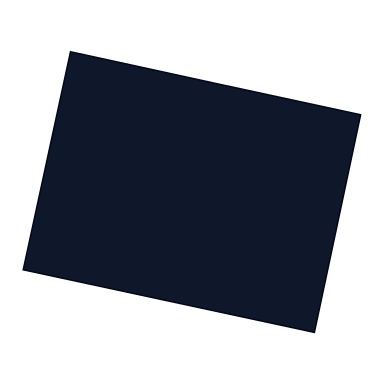 Montgomery, Iowa, United States of America, rotated 12°
{"feature_id": "52423323B65551629720369", "entity_name": "Montgomery", "entity_type": "district", "adm_level": 2, "iso_a3": "USA", "parent_name": "United States of America", "parent_adm1": "Iowa", "projection": "albers", "projection_center": [-95.156, 41.03], "detail": "fine", "context": "isolated", "style": "filled", "palette": "ink", "viewbox_px": 384, "rotation_deg": 12, "n_neighbors": 0, "source": "geoboundaries", "source_scale": "gbopen_adm2", "svg_char_len": 259}
<svg xmlns="http://www.w3.org/2000/svg" viewBox="0 0 384 384"><g transform="rotate(12 192 192)"><path d="M192.5,80.9L44.0,80.1L43.4,229.0L43.1,303.2L340.9,303.9L340.9,230.1L340.9,81.4L192.5,80.9Z" fill="#0f172a" stroke="#020617" stroke-width="1.5"/></g></svg>